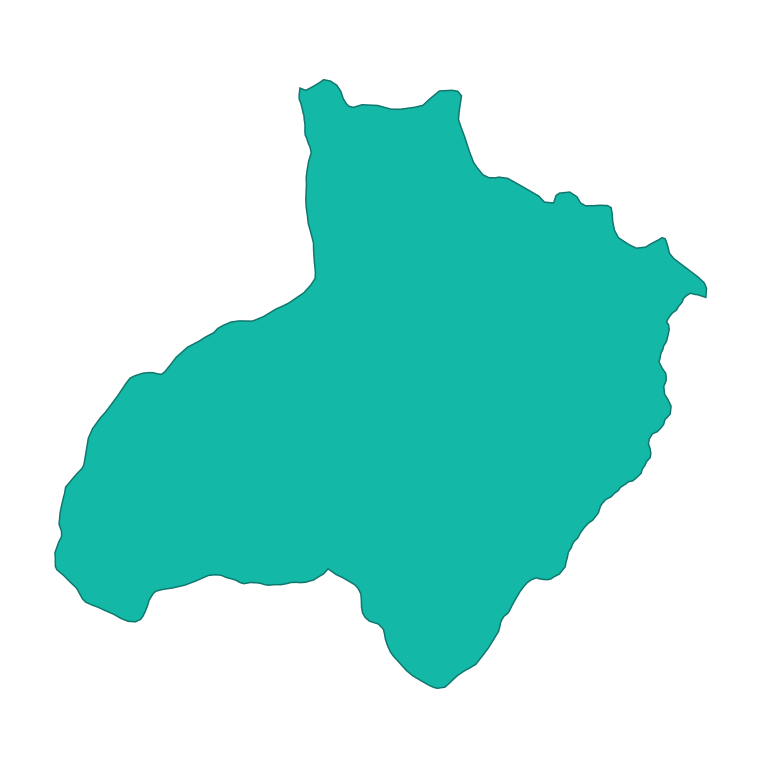 the district of Thangrong, Mongar, Bhutan, rotated 275°
{"feature_id": "84629894B4520468763677", "entity_name": "Thangrong", "entity_type": "district", "adm_level": 2, "iso_a3": "BTN", "parent_name": "Bhutan", "parent_adm1": "Mongar", "projection": "albers", "projection_center": [91.336, 27.203], "detail": "fine", "context": "isolated", "style": "filled", "palette": "teal", "viewbox_px": 768, "rotation_deg": 275, "n_neighbors": 0, "source": "geoboundaries", "source_scale": "gbopen_adm2", "svg_char_len": 4326}
<svg xmlns="http://www.w3.org/2000/svg" viewBox="0 0 768 768"><g transform="rotate(275 384 384)"><path d="M253.6,75.8L246.6,75.3L244.1,74.7L234.9,73.4L228.0,72.6L216.0,72.5L209.2,75.6L204.0,76.1L198.3,73.8L187.3,70.9L182.9,71.6L173.6,72.5L170.6,74.2L165.0,82.0L159.7,88.2L153.8,95.6L143.6,102.4L140.6,106.0L138.3,112.6L136.7,118.6L134.2,125.4L131.1,134.7L127.5,142.5L125.3,149.7L125.4,157.1L128.3,162.0L132.0,164.3L137.3,166.2L142.7,167.8L148.3,168.9L154.9,172.2L157.7,174.8L158.9,178.1L160.3,182.2L162.4,191.2L166.4,203.5L168.6,207.9L171.1,213.2L175.2,220.6L178.0,225.8L179.0,230.8L179.3,235.4L179.3,238.4L177.4,244.2L176.6,249.1L175.7,253.3L173.5,258.3L172.9,262.0L174.6,268.2L174.9,275.3L174.6,278.6L173.7,282.9L173.5,286.3L174.6,292.8L175.1,298.9L176.6,304.3L178.2,308.8L178.8,314.2L178.8,317.8L179.7,323.2L182.7,331.1L186.7,336.3L189.5,340.3L195.0,344.4L190.1,352.7L187.3,360.1L184.5,366.1L181.5,372.3L178.4,375.8L173.0,379.2L167.2,380.2L159.6,381.1L154.1,382.6L149.7,385.7L146.5,390.1L145.5,394.3L144.5,399.1L140.9,403.5L139.4,404.8L135.4,406.2L129.7,407.7L123.6,410.4L117.7,413.7L113.6,417.2L108.5,422.8L100.5,431.3L95.8,438.1L91.6,446.8L87.7,455.4L86.1,460.0L85.5,463.7L86.8,468.8L87.2,471.0L91.1,474.7L96.5,479.4L99.9,482.6L102.2,485.3L105.7,489.7L108.3,493.8L110.6,496.9L112.6,499.8L123.1,506.6L130.0,510.9L139.3,515.6L147.6,519.7L153.2,520.6L156.3,520.9L159.4,521.9L163.0,523.7L165.9,526.9L168.4,528.5L173.4,530.4L179.4,533.0L189.5,537.8L195.0,541.3L198.7,544.1L201.8,547.8L204.2,552.5L203.7,554.4L203.3,557.7L203.2,561.3L203.4,564.4L204.4,567.3L206.7,570.1L209.9,575.2L217.6,580.4L222.5,580.9L226.8,581.7L232.8,582.4L237.0,584.7L240.5,585.6L243.8,587.2L247.5,590.4L252.4,592.4L254.8,593.8L258.7,596.2L263.0,599.5L266.7,603.9L271.3,606.8L274.3,608.8L280.9,610.2L284.0,611.8L288.2,614.9L291.5,620.1L295.1,622.9L298.1,626.5L301.7,628.6L305.4,633.4L307.9,636.1L309.1,640.1L312.3,643.4L315.2,646.0L317.6,648.0L321.7,648.7L325.8,651.0L329.6,652.4L333.9,655.6L337.8,655.9L342.6,654.8L347.6,652.6L352.5,653.1L354.7,654.2L357.7,655.7L360.4,660.5L364.5,663.8L368.1,666.1L373.2,667.0L375.4,669.0L379.1,671.8L381.2,671.8L386.9,671.9L393.5,668.1L398.0,664.5L402.6,663.6L406.0,662.9L411.9,664.8L416.0,664.4L419.3,663.7L421.9,661.4L424.2,659.6L430.0,656.0L433.8,656.8L436.7,656.9L439.5,657.5L442.9,658.8L446.8,659.4L448.6,660.6L451.6,661.8L455.6,662.4L462.9,663.4L467.8,662.4L470.2,660.2L473.3,661.1L476.2,662.7L479.9,665.1L482.9,668.7L487.2,670.8L491.4,673.8L495.6,675.0L498.4,677.7L500.1,679.9L501.1,681.7L500.3,686.2L500.3,688.6L498.3,697.1L507.6,696.9L512.6,694.2L517.7,687.9L534.2,661.7L538.9,657.1L547.8,654.0L553.2,651.4L554.0,648.3L551.7,645.2L547.2,638.1L543.1,632.6L541.3,623.6L544.3,615.6L550.2,604.8L557.2,600.2L566.1,597.6L573.5,596.5L579.5,594.9L581.2,591.1L580.9,583.9L579.8,576.5L579.1,569.2L581.4,564.1L587.3,559.9L591.4,552.3L589.4,542.1L586.8,539.0L579.2,537.2L579.1,531.9L579.2,528.0L584.6,521.9L591.7,506.8L595.5,498.5L599.6,489.4L600.1,480.5L599.0,476.6L598.7,470.4L601.1,464.2L608.1,457.5L612.4,454.0L622.4,449.1L636.8,443.0L648.0,437.7L654.2,435.1L663.9,435.2L677.8,436.1L682.1,431.9L682.5,426.0L680.7,413.6L671.2,404.0L665.0,398.5L662.4,390.7L659.1,376.3L658.4,367.0L660.9,353.4L660.3,337.9L656.9,329.3L657.7,324.7L660.0,322.0L664.7,318.5L671.7,315.5L677.5,310.9L681.1,304.3L681.9,297.4L678.1,292.9L673.1,285.8L669.7,280.4L671.5,274.5L664.0,274.3L660.1,274.8L656.2,276.8L654.3,277.4L651.6,278.4L648.9,279.2L646.9,279.8L644.7,280.8L641.6,281.3L639.2,281.8L635.3,282.7L632.7,282.9L630.3,283.1L628.1,283.3L624.9,283.9L622.8,285.2L619.4,286.7L616.8,287.8L614.3,289.3L611.5,290.3L608.0,291.3L599.1,289.5L590.6,288.8L582.5,288.5L576.5,289.3L561.5,290.0L553.7,291.0L546.1,292.8L537.1,294.6L529.3,297.6L518.5,301.4L511.3,302.2L500.0,303.9L489.4,305.9L483.2,306.2L476.1,302.4L467.8,296.1L460.8,287.5L456.3,282.0L452.0,274.9L449.3,269.9L445.2,264.3L440.5,257.8L437.2,251.5L435.2,247.4L434.9,243.4L434.2,234.1L432.4,226.2L428.4,218.7L424.9,213.6L420.4,210.1L415.4,202.3L410.3,195.7L403.6,185.1L398.8,180.6L392.3,174.5L386.7,171.0L377.2,164.7L374.2,161.4L374.4,157.6L375.2,152.6L374.7,147.8L373.7,142.7L370.4,134.9L367.8,130.6L361.9,126.8L348.6,119.5L331.5,108.9L326.0,104.7L314.2,97.6L304.3,94.2L277.5,92.1L273.8,90.7L267.1,85.3L256.5,77.9L253.6,75.8Z" fill="#14b8a6" stroke="#0f766e" stroke-width="1.5"/></g></svg>